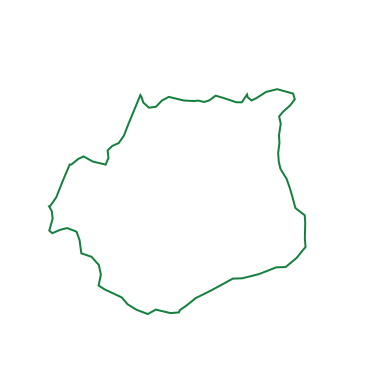 the district of Hagfors, Värmland, Sweden, rotated 113°
{"feature_id": "70781695B31376401870693", "entity_name": "Hagfors", "entity_type": "district", "adm_level": 2, "iso_a3": "SWE", "parent_name": "Sweden", "parent_adm1": "Värmland", "projection": "robinson", "projection_center": [13.623, 60.101], "detail": "fine", "context": "isolated", "style": "outline", "palette": "green", "viewbox_px": 384, "rotation_deg": 113, "n_neighbors": 0, "source": "geoboundaries", "source_scale": "gbopen_adm2", "svg_char_len": 1230}
<svg xmlns="http://www.w3.org/2000/svg" viewBox="0 0 384 384"><g transform="rotate(113 192 192)"><path d="M198.3,66.0L190.6,70.0L176.2,75.7L169.4,79.1L166.4,90.5L156.6,98.2L149.7,103.9L142.9,110.1L136.1,119.7L130.1,124.0L122.5,127.9L112.6,130.7L105.8,134.1L94.5,137.0L88.4,141.3L83.1,139.8L74.0,135.5L66.5,133.6L61.9,137.4L64.1,153.8L70.9,162.9L80.7,169.6L84.5,173.0L83.0,177.8L80.8,179.4L90.0,181.2L92.1,186.4L93.1,199.4L94.1,207.9L100.8,211.8L104.4,216.0L105.4,221.9L107.5,225.7L111.0,235.4L113.5,250.5L119.5,255.4L127.6,258.5L131.2,264.5L128.7,271.8L124.4,275.5L123.0,277.4L154.1,277.1L166.8,276.7L175.6,278.6L180.6,283.3L186.7,285.9L193.3,282.2L200.5,282.2L202.7,295.0L202.1,301.4L201.6,305.7L206.1,309.7L213.8,313.7L214.5,315.3L231.8,315.3L250.1,314.9L260.1,317.0L261.0,318.0L264.4,313.6L270.9,309.9L283.3,308.3L284.5,304.5L278.1,298.4L274.0,292.8L273.6,282.9L280.1,276.8L291.7,269.9L290.9,259.2L295.7,249.1L303.7,243.6L314.6,241.4L315.8,234.3L316.5,215.4L320.5,207.5L322.1,197.0L321.6,185.0L314.4,179.4L311.9,164.6L308.0,157.1L305.4,157.0L298.5,152.6L288.3,147.2L274.1,135.1L255.8,120.6L251.8,112.0L241.4,98.3L228.5,85.1L224.5,76.5L211.7,69.9L202.8,67.4L198.3,66.0Z" fill="none" stroke="#15803d" stroke-width="2"/></g></svg>